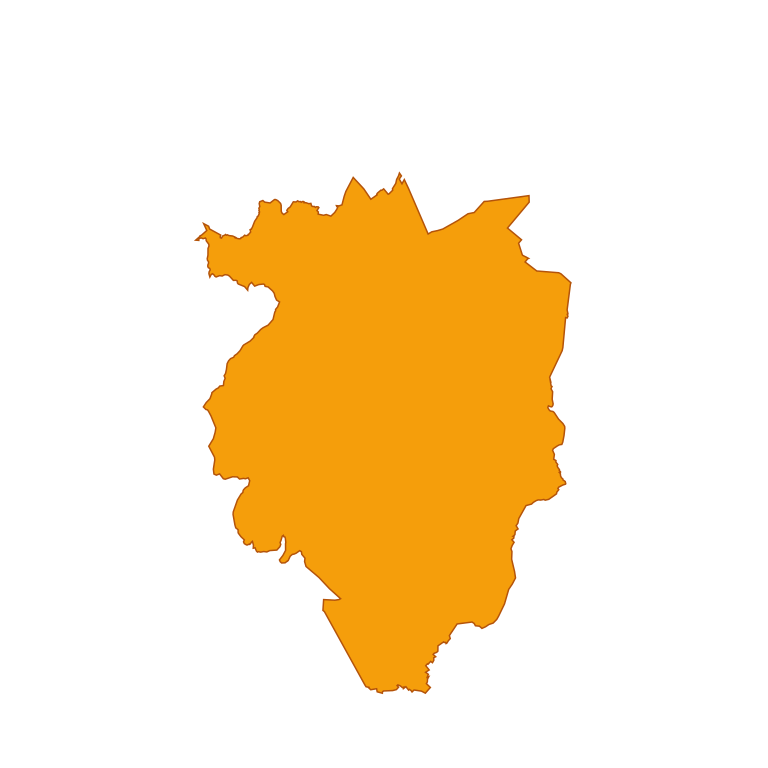 Zacoalco de Torres, Jalisco, Mexico, rotated 42°
{"feature_id": "50627088B31834230260216", "entity_name": "Zacoalco de Torres", "entity_type": "district", "adm_level": 2, "iso_a3": "MEX", "parent_name": "Mexico", "parent_adm1": "Jalisco", "projection": "robinson", "projection_center": [-103.58, 20.244], "detail": "fine", "context": "isolated", "style": "filled", "palette": "amber", "viewbox_px": 768, "rotation_deg": 42, "n_neighbors": 0, "source": "geoboundaries", "source_scale": "gbopen_adm2", "svg_char_len": 6170}
<svg xmlns="http://www.w3.org/2000/svg" viewBox="0 0 768 768"><g transform="rotate(42 384 384)"><path d="M336.3,181.3L336.3,196.2L332.5,201.3L329.6,212.8L324.0,229.5L321.2,234.1L317.7,238.9L316.4,243.0L271.4,222.3L262.3,218.5L263.4,223.2L258.2,221.5L257.7,217.7L254.3,216.9L255.5,219.6L256.5,223.5L258.5,227.0L259.6,233.2L260.8,234.2L260.5,239.3L260.1,240.2L253.2,239.2L252.7,241.6L252.0,242.0L251.4,246.4L251.6,247.8L252.3,248.1L250.6,255.5L238.4,252.5L222.9,251.1L226.8,266.4L228.8,271.1L232.9,279.0L231.4,281.7L229.3,283.3L230.2,283.7L231.2,283.3L232.0,285.7L232.6,289.5L232.2,294.8L227.7,296.7L226.2,299.1L221.4,301.8L220.1,300.1L218.1,300.0L217.6,296.5L216.6,296.4L215.2,297.5L214.8,298.7L213.6,298.6L212.2,299.8L211.0,300.1L208.8,298.7L207.5,300.3L204.7,301.5L203.2,302.8L202.7,302.1L202.2,302.2L201.4,302.8L200.9,304.4L200.0,304.2L198.7,305.5L197.3,305.6L196.8,307.6L194.7,309.3L195.8,315.2L195.3,317.7L195.5,319.5L195.6,320.0L197.2,320.4L196.2,325.1L193.8,325.2L192.1,324.4L188.0,320.0L186.3,319.0L182.3,318.8L180.1,319.4L179.2,320.2L178.2,325.7L173.6,328.7L171.2,328.7L169.7,331.7L170.5,333.4L173.0,335.3L173.4,337.1L174.7,338.0L175.0,338.8L176.4,339.4L176.4,340.4L177.3,340.9L178.1,343.4L177.8,344.4L178.4,345.4L179.0,349.6L181.5,356.2L181.4,357.1L181.9,357.7L181.2,358.9L183.2,360.3L183.3,363.0L183.0,363.7L183.3,363.9L183.3,364.6L182.1,366.3L180.9,366.6L180.7,369.5L179.8,370.8L180.2,371.7L179.5,372.8L177.3,374.2L176.2,374.2L175.9,374.9L175.2,375.0L175.0,374.5L172.5,375.3L169.5,377.4L167.7,378.0L167.3,378.9L166.2,378.9L166.0,380.1L165.1,381.8L165.6,384.3L164.5,384.8L163.6,384.0L163.0,382.6L150.7,385.5L148.1,384.1L142.7,385.5L149.6,388.5L148.8,395.5L148.2,396.9L148.5,397.0L147.8,403.1L150.3,401.2L149.1,399.7L150.5,397.7L152.3,397.1L153.6,395.0L154.8,395.3L156.0,396.5L160.3,397.4L161.6,398.6L162.5,401.0L167.0,406.1L168.8,409.2L170.1,410.2L171.6,410.5L172.7,411.5L173.5,413.5L174.6,414.7L175.7,415.1L177.1,414.7L178.5,415.5L179.0,417.7L180.1,419.2L183.0,421.0L182.3,418.2L182.8,416.8L185.0,416.7L186.2,417.1L187.6,416.8L189.3,413.5L191.5,412.0L192.6,409.2L194.9,407.6L197.0,407.2L202.7,407.8L204.6,406.0L205.8,405.6L207.6,407.0L208.8,407.2L215.2,404.9L219.9,405.5L218.4,403.5L217.3,400.1L217.6,397.1L222.4,397.8L224.4,393.9L227.4,390.5L228.6,390.0L230.3,391.0L232.9,389.4L239.0,389.4L241.8,390.1L244.4,391.9L248.0,393.5L251.5,392.9L253.4,398.0L253.5,401.1L254.5,402.2L254.7,403.6L258.4,410.4L258.4,412.1L258.5,417.8L256.5,423.0L255.9,425.9L255.8,431.1L255.1,433.7L255.5,435.7L256.1,436.4L255.8,441.7L253.7,448.5L253.6,450.0L254.7,455.5L254.6,460.0L253.9,463.0L254.4,464.7L253.0,467.8L253.0,470.8L253.8,473.8L257.2,478.7L259.2,482.2L259.7,484.9L262.1,486.0L263.3,489.3L265.7,492.6L263.3,495.5L263.5,497.7L262.6,500.2L261.9,505.6L262.6,506.6L264.5,511.4L264.3,516.7L265.1,521.9L268.7,522.1L270.2,521.3L272.1,521.8L276.8,523.5L288.4,529.1L290.8,532.8L293.8,538.9L295.4,547.5L307.0,551.8L309.1,553.7L314.2,561.5L317.9,564.7L320.4,563.9L322.0,560.8L328.0,561.9L329.7,561.0L333.5,554.3L337.2,551.2L340.2,551.3L342.8,548.1L344.5,547.1L345.8,544.6L348.9,545.7L351.4,550.3L350.4,554.0L350.4,556.4L350.6,557.4L351.7,559.1L351.4,561.4L352.7,568.3L357.6,580.0L359.2,582.0L367.4,588.4L370.1,590.1L373.0,589.9L375.2,592.2L376.8,592.6L380.0,593.2L384.5,593.3L385.2,595.3L387.0,596.1L389.5,595.6L390.1,595.1L391.2,592.7L391.3,593.7L391.7,592.2L391.3,590.1L391.5,589.0L394.8,591.1L396.7,593.5L397.7,592.0L401.0,593.5L402.4,593.6L402.8,592.7L404.8,591.5L406.7,589.0L409.3,587.2L410.6,584.2L415.5,579.1L415.5,574.6L414.6,572.3L412.8,571.3L412.2,569.3L410.2,565.2L410.5,563.8L411.8,564.5L412.7,564.0L413.7,564.5L417.0,567.4L417.7,568.6L422.2,573.5L423.6,579.1L424.0,584.7L425.8,585.5L427.7,585.5L430.2,583.0L430.6,580.3L430.8,580.3L430.9,579.2L429.5,574.7L429.9,571.9L430.9,570.7L431.9,568.6L432.9,564.2L434.8,563.9L436.9,565.6L441.8,566.3L443.8,569.1L448.2,571.8L465.1,571.3L480.5,572.6L495.4,572.6L494.8,574.3L492.2,577.5L483.4,584.6L490.1,593.1L492.0,593.0L571.1,620.4L573.2,621.0L575.8,619.5L575.9,620.0L578.7,620.1L582.4,615.4L584.9,617.3L589.7,614.9L588.8,613.7L589.1,612.4L595.6,606.0L597.7,602.8L597.7,599.6L595.5,599.4L595.6,598.3L598.1,597.4L601.0,597.3L601.5,596.0L602.3,597.1L602.8,594.3L607.1,595.0L607.2,594.0L609.0,593.7L610.9,594.1L611.1,591.3L617.3,587.2L621.6,586.1L621.5,578.5L616.0,578.3L615.5,576.3L613.8,574.2L613.1,571.5L612.3,573.0L611.2,570.1L607.8,570.4L608.9,566.3L603.5,565.4L603.5,562.9L604.2,562.8L604.3,558.9L606.5,558.7L606.4,558.2L605.9,556.0L604.1,554.1L604.9,552.1L601.5,552.1L601.4,550.7L602.7,548.2L602.8,546.5L599.3,542.5L600.9,535.7L601.7,535.8L602.7,534.8L603.8,535.4L604.1,534.5L603.6,531.7L603.6,528.9L600.9,527.2L598.9,513.4L608.7,502.0L611.2,501.6L613.7,502.5L617.0,500.1L620.3,500.1L621.9,496.5L622.9,492.5L625.1,488.6L625.3,483.4L624.5,479.8L620.7,466.8L614.1,453.2L613.2,446.8L611.5,440.1L606.5,436.0L596.1,428.8L591.2,422.9L588.6,421.5L587.3,418.2L586.6,414.6L583.2,414.2L583.6,411.8L582.5,410.2L581.8,410.7L582.1,408.4L579.9,405.4L580.6,402.0L577.0,400.9L576.6,397.8L574.2,393.8L570.9,379.3L574.0,374.5L574.2,372.0L575.1,368.9L576.1,367.0L578.1,365.4L580.1,362.8L581.5,362.5L583.6,359.5L585.7,350.2L584.8,348.8L584.6,345.6L583.1,345.3L582.9,343.7L584.5,339.4L585.9,337.0L585.8,336.5L583.9,335.2L581.2,335.5L580.5,334.9L578.6,334.9L576.8,334.2L575.0,332.6L573.5,332.4L574.2,331.5L574.0,331.2L572.0,330.9L571.6,330.2L568.9,329.7L567.4,328.9L567.0,327.6L563.9,327.0L563.0,325.8L560.5,326.4L557.7,322.3L553.7,320.5L553.1,318.7L554.2,314.2L555.0,311.9L556.6,309.9L555.7,307.5L552.3,301.9L548.0,295.9L546.6,294.6L543.5,293.7L537.2,293.3L529.5,291.3L527.9,291.4L525.6,292.8L523.7,292.7L521.5,291.9L520.8,290.2L522.7,289.6L523.9,288.8L524.0,288.3L523.8,287.0L523.0,285.6L519.2,282.8L514.5,276.9L511.3,275.8L510.5,273.4L509.5,273.6L505.2,270.2L505.6,270.2L502.5,268.1L494.1,240.0L492.5,237.2L474.5,213.1L475.9,212.4L475.4,210.6L473.5,209.6L473.8,208.8L470.5,206.4L455.8,185.2L455.2,183.7L441.8,183.7L439.4,184.4L421.9,197.8L407.2,198.9L407.0,194.8L407.4,193.9L400.9,195.6L400.0,195.3L389.8,189.3L389.7,184.8L371.4,185.5L370.2,151.7L365.7,147.0L338.7,178.9L336.3,181.3Z" fill="#f59e0b" stroke="#b45309" stroke-width="1.5"/></g></svg>